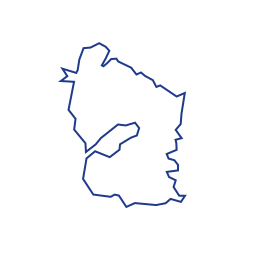 Gothèye, Tillabéri, Niger, rotated 325°
{"feature_id": "23599985B45142923275636", "entity_name": "Gothèye", "entity_type": "district", "adm_level": 2, "iso_a3": "NER", "parent_name": "Niger", "parent_adm1": "Tillabéri", "projection": "natural_earth1", "projection_center": [1.28, 13.795], "detail": "fine", "context": "isolated", "style": "outline", "palette": "blue", "viewbox_px": 256, "rotation_deg": 325, "n_neighbors": 0, "source": "geoboundaries", "source_scale": "gbopen_adm2", "svg_char_len": 1034}
<svg xmlns="http://www.w3.org/2000/svg" viewBox="0 0 256 256"><g transform="rotate(325 128 128)"><path d="M61.4,162.6L74.3,174.4L78.8,174.9L81.8,178.1L81.4,191.7L90.5,193.4L106.9,207.3L115.7,211.2L122.2,210.5L129.0,218.9L135.8,216.2L131.1,212.8L131.5,202.5L137.1,198.2L133.5,191.7L134.6,186.2L144.6,191.4L147.8,187.0L147.5,181.0L143.7,176.3L144.8,171.5L155.3,173.8L158.9,168.1L160.2,164.9L166.1,167.1L166.0,156.9L173.4,155.0L180.0,147.0L194.6,131.9L185.9,130.1L178.8,111.6L174.8,110.6L175.8,103.1L171.8,95.0L170.5,90.0L165.6,89.0L165.2,80.4L158.2,68.0L158.2,64.5L153.8,61.9L147.7,63.0L143.3,63.3L142.5,61.7L149.9,58.1L157.0,54.0L156.3,48.6L153.0,42.0L143.4,40.6L137.4,37.1L127.4,44.0L120.0,51.7L117.2,53.2L108.3,41.8L108.0,50.7L99.9,51.0L110.3,59.2L89.7,79.0L90.3,90.4L83.0,98.4L84.4,116.1L79.8,123.5L92.1,122.9L100.0,120.7L121.8,119.4L127.6,124.6L136.8,127.7L137.1,134.4L131.0,139.2L124.8,137.6L112.1,136.8L108.6,140.9L96.3,141.4L87.7,128.2L76.6,129.1L62.0,143.9L61.4,162.6Z" fill="none" stroke="#1e3a8a" stroke-width="2"/></g></svg>